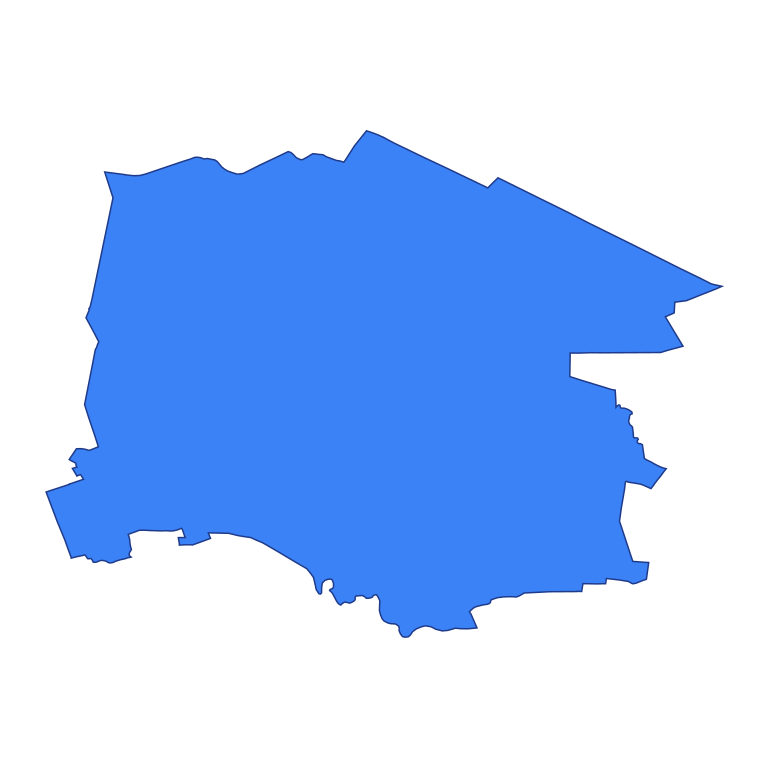 Radauti, Suceava, Romania (Equal Earth projection)
{"feature_id": "2599482B49220638181653", "entity_name": "Radauti", "entity_type": "district", "adm_level": 2, "iso_a3": "ROU", "parent_name": "Romania", "parent_adm1": "Suceava", "projection": "equal_earth", "projection_center": [25.93, 47.847], "detail": "fine", "context": "isolated", "style": "filled", "palette": "blue", "viewbox_px": 768, "rotation_deg": 0, "n_neighbors": 0, "source": "geoboundaries", "source_scale": "gbopen_adm2", "svg_char_len": 5289}
<svg xmlns="http://www.w3.org/2000/svg" viewBox="0 0 768 768"><path d="M646.4,579.3L648.7,562.5L644.7,562.3L632.8,561.4L630.5,554.5L622.4,529.9L619.5,521.2L621.3,508.1L624.5,489.5L625.4,482.0L626.4,481.3L628.1,482.1L635.0,483.2L640.3,484.1L643.9,485.4L651.0,488.6L653.4,485.5L654.9,483.3L657.4,480.0L660.6,476.1L663.9,471.6L666.2,468.7L663.2,468.0L659.9,466.7L657.0,465.3L654.0,463.7L650.7,461.8L647.0,460.1L644.4,458.5L642.4,444.8L641.3,444.1L640.4,443.7L638.7,443.6L637.4,442.6L637.3,441.7L637.2,440.8L637.7,440.1L638.3,439.4L637.9,438.4L637.4,438.0L636.7,437.9L634.2,437.8L633.8,437.3L633.4,436.8L633.3,433.7L632.9,430.5L632.5,427.3L632.1,426.6L631.1,425.6L630.1,424.9L629.1,423.1L628.8,421.8L628.7,420.5L629.0,419.4L629.4,418.6L629.3,417.4L629.7,415.7L630.2,414.7L631.1,414.2L632.0,414.0L632.1,413.1L632.0,412.5L631.7,411.8L630.5,411.0L628.8,409.9L626.9,409.0L624.6,408.3L624.0,408.1L622.4,408.2L621.9,408.2L620.9,408.0L620.3,407.0L620.0,405.6L619.7,405.1L618.8,404.9L616.8,406.2L616.0,407.2L615.9,401.9L615.2,390.1L611.7,389.6L601.8,386.5L594.2,384.2L581.8,380.4L572.7,377.5L569.8,376.6L570.2,353.0L578.9,353.1L590.1,352.7L605.4,352.8L615.6,352.7L621.0,352.7L660.6,352.5L668.1,350.2L683.0,346.2L665.3,316.8L674.2,312.9L674.8,302.2L686.3,300.7L693.2,298.0L700.1,295.2L716.6,288.7L717.5,288.3L721.9,286.3L713.6,284.5L710.7,283.6L701.1,278.7L679.5,268.2L637.0,246.9L588.0,222.7L568.5,212.6L539.0,198.1L498.0,177.8L493.1,182.6L487.8,187.9L466.4,177.6L447.0,168.3L425.5,158.2L394.8,143.4L388.7,140.2L384.2,137.7L378.0,134.9L373.1,133.0L366.8,130.9L366.5,130.8L354.5,145.8L351.4,150.6L345.4,160.0L343.8,162.2L341.4,161.4L339.7,160.9L338.2,160.7L336.7,160.5L333.6,159.4L332.0,158.8L326.5,156.8L323.4,155.0L323.1,154.8L321.7,154.6L319.9,154.5L317.5,154.2L314.2,153.8L313.6,153.8L312.9,153.7L311.4,154.5L307.0,157.2L302.6,159.6L300.7,159.7L298.2,158.6L297.1,158.1L295.8,157.2L293.4,154.6L290.9,152.5L288.2,151.6L277.4,156.8L260.4,164.8L243.4,173.4L237.7,174.2L235.5,173.6L231.8,172.5L230.2,171.9L228.1,171.2L224.7,169.3L223.5,168.3L222.0,167.2L221.0,166.0L219.1,163.8L217.1,161.4L214.6,159.9L207.1,158.5L204.9,158.9L203.5,158.8L200.7,157.7L198.3,157.3L195.1,157.3L193.3,157.9L190.3,159.1L186.4,160.3L183.2,161.3L176.1,163.7L145.7,174.0L139.8,175.5L133.9,175.7L127.5,175.1L122.6,174.3L104.7,172.0L113.0,197.8L102.5,248.4L92.0,299.1L90.0,307.2L88.8,308.9L89.3,309.7L86.0,317.8L93.6,331.8L98.8,341.9L97.7,344.1L96.5,347.6L95.3,349.7L93.3,360.2L87.9,387.8L84.6,404.6L88.4,416.7L94.5,434.8L98.4,446.8L89.3,450.4L84.9,449.2L81.7,448.7L78.3,448.7L76.4,448.8L69.2,459.5L70.1,460.1L71.1,460.7L72.5,461.4L73.9,462.1L75.8,463.2L76.0,465.3L76.9,467.1L72.4,468.4L74.6,472.1L76.8,475.7L76.9,476.0L80.1,474.7L80.4,474.6L81.0,475.3L83.5,479.3L76.7,481.6L71.5,483.4L70.3,483.7L69.2,484.1L69.3,484.4L46.1,492.0L57.4,522.0L64.7,539.6L67.8,548.3L71.0,557.0L71.2,557.7L71.2,558.1L73.6,557.5L77.2,556.6L78.5,556.4L82.6,555.5L84.9,554.9L86.1,556.4L87.7,558.7L88.6,558.8L91.0,558.5L92.2,560.0L93.3,562.2L94.9,562.3L96.7,562.0L98.9,561.1L100.5,560.5L102.3,560.4L104.2,560.7L106.0,561.2L107.8,562.2L108.9,562.8L110.7,562.9L113.0,562.5L115.5,561.3L118.6,560.3L120.6,559.7L124.5,558.9L126.7,558.2L127.8,557.7L129.6,557.5L131.1,557.1L130.5,556.6L129.5,555.7L129.1,554.7L129.3,553.4L129.8,552.0L131.0,550.3L131.4,549.5L131.2,548.7L130.7,547.2L130.3,545.4L129.9,542.6L129.7,539.6L129.0,536.8L128.2,534.4L131.7,533.1L138.0,530.8L139.0,530.3L144.2,530.2L149.3,530.5L155.7,530.7L161.4,530.9L165.9,530.7L170.4,531.0L173.7,530.8L177.4,529.9L181.6,528.3L182.5,529.8L184.3,535.2L185.2,537.5L178.3,537.6L179.3,543.5L179.3,545.1L185.0,544.8L191.2,544.8L192.3,545.0L200.7,542.0L210.5,538.4L208.3,532.9L215.2,533.0L228.6,533.3L232.3,534.2L238.6,535.7L247.3,537.1L249.1,537.3L250.8,537.6L257.4,540.6L260.4,541.8L263.1,543.0L277.7,551.5L297.1,563.1L306.8,568.7L311.0,573.9L313.5,577.5L315.1,584.2L316.2,589.5L318.8,593.6L320.2,594.1L321.5,593.1L321.7,587.1L322.0,585.2L322.3,583.1L324.9,580.4L328.2,579.2L331.1,579.1L332.3,580.1L333.5,583.4L333.5,586.8L332.7,588.4L330.1,589.5L329.6,590.5L331.4,592.1L332.5,593.4L336.3,600.6L337.9,603.1L339.4,604.4L340.8,605.0L342.5,603.4L344.5,602.1L347.2,602.5L349.8,603.1L351.6,602.4L353.2,601.5L354.7,600.5L355.2,599.2L355.1,597.3L355.7,596.2L357.9,595.8L362.4,595.5L365.1,597.0L366.3,598.3L369.1,598.2L372.1,597.3L373.0,596.0L374.6,594.9L376.6,594.8L378.1,597.1L379.8,600.8L379.4,610.3L380.5,614.8L382.1,618.7L384.0,621.0L388.0,623.0L390.8,623.7L393.4,623.8L395.8,624.1L398.5,626.0L399.2,627.9L399.1,630.7L400.5,634.0L402.5,636.6L405.1,637.2L408.3,636.8L410.4,635.0L412.6,631.7L415.4,629.6L416.5,628.8L421.1,626.9L425.3,625.8L431.2,626.8L435.7,629.2L442.3,630.9L447.8,630.4L452.0,629.2L455.4,628.2L460.7,628.7L468.2,628.8L477.0,627.9L470.9,613.9L469.4,611.7L471.1,610.1L472.9,608.4L475.2,607.0L477.5,606.3L481.0,605.4L483.6,604.8L487.3,604.3L489.1,603.6L490.3,602.7L490.7,601.0L491.2,599.8L494.0,598.8L497.4,597.7L503.4,596.9L508.7,596.7L512.2,596.7L516.4,597.0L519.0,596.0L523.1,593.7L524.1,593.0L550.0,591.7L566.2,591.6L572.5,591.6L576.7,591.5L579.0,591.4L581.7,591.5L582.9,583.7L587.2,583.7L597.3,583.9L603.1,583.7L604.3,583.7L605.6,583.7L606.4,578.5L619.6,580.0L628.5,581.5L631.6,583.3L633.1,583.8L636.3,583.1L642.8,580.5L646.4,579.3Z" fill="#3b82f6" stroke="#1e3a8a" stroke-width="1.5"/></svg>